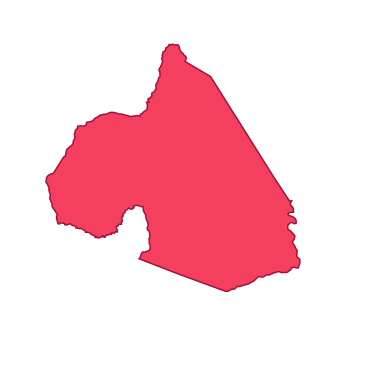 the district of São Raimundo das Mangabeiras, Maranhão, Brazil, rotated 308°
{"feature_id": "56859067B90980321133528", "entity_name": "São Raimundo das Mangabeiras", "entity_type": "district", "adm_level": 2, "iso_a3": "BRA", "parent_name": "Brazil", "parent_adm1": "Maranhão", "projection": "natural_earth1", "projection_center": [-45.741, -7.052], "detail": "fine", "context": "isolated", "style": "filled", "palette": "rose", "viewbox_px": 384, "rotation_deg": 308, "n_neighbors": 0, "source": "geoboundaries", "source_scale": "gbopen_adm2", "svg_char_len": 4644}
<svg xmlns="http://www.w3.org/2000/svg" viewBox="0 0 384 384"><g transform="rotate(308 192 192)"><path d="M197.6,322.5L203.1,320.4L205.4,318.2L205.5,314.5L207.6,312.8L210.6,311.0L211.4,308.5L212.9,305.7L214.0,302.2L215.3,301.7L217.4,301.6L218.7,301.2L220.8,300.0L222.0,294.1L221.7,291.0L222.8,289.3L224.9,288.0L227.9,288.3L228.9,288.9L229.8,290.1L229.8,291.8L231.3,293.3L233.0,292.2L234.4,290.4L234.6,287.3L234.1,285.3L233.1,282.3L233.8,281.1L236.4,281.8L238.5,284.4L241.0,282.4L242.0,280.8L242.2,278.5L243.0,277.2L243.9,275.9L245.4,276.3L246.4,276.0L245.5,275.1L245.2,273.4L252.7,251.3L253.1,250.1L254.4,246.3L271.6,198.9L273.6,193.3L278.2,180.6L278.8,178.7L294.4,135.6L290.6,106.2L293.6,105.2L294.5,104.5L294.9,103.4L295.0,101.3L295.5,99.9L295.8,96.9L296.3,95.2L297.9,93.3L298.6,92.3L299.4,91.1L299.0,89.7L298.1,88.9L297.3,87.9L296.5,85.7L294.8,84.7L294.4,83.3L293.2,83.3L291.9,83.5L290.9,83.5L289.8,82.7L288.9,83.1L287.8,83.6L286.7,83.7L285.7,83.7L284.7,82.9L283.0,83.7L281.4,84.3L280.6,85.8L279.6,85.4L278.1,86.4L277.6,87.6L276.5,88.5L275.1,89.0L274.1,89.7L272.4,89.7L271.2,90.2L269.2,90.3L268.0,90.8L267.1,91.6L266.9,92.9L266.0,93.4L265.3,94.0L264.3,95.0L263.3,95.6L262.1,95.5L261.2,95.5L259.2,96.6L258.0,96.9L257.0,97.1L256.1,97.3L254.8,97.2L253.1,98.4L252.3,99.5L251.1,100.1L249.4,100.2L247.6,100.5L246.5,99.8L245.2,99.5L242.6,101.4L241.0,101.0L239.4,100.9L238.5,99.9L236.9,101.2L236.5,102.9L235.8,102.0L234.8,100.9L233.2,103.2L230.1,105.3L229.4,105.9L225.9,104.6L224.4,104.4L223.2,104.3L221.6,103.5L219.9,104.2L219.0,103.1L218.6,101.9L217.4,100.6L215.8,99.3L215.0,98.1L213.8,97.8L213.2,96.0L212.3,93.7L211.5,92.3L211.1,90.9L210.5,89.4L209.6,87.9L209.0,87.1L208.3,86.3L207.9,84.9L207.6,83.7L207.2,82.8L206.3,81.0L205.6,80.0L204.7,78.9L203.9,78.3L202.1,77.3L201.1,77.0L199.8,75.7L198.7,74.4L196.8,73.0L196.0,72.2L195.0,71.8L193.7,71.8L191.3,70.5L189.2,70.0L187.4,70.1L184.5,68.4L182.1,66.1L180.8,66.6L180.0,67.4L177.4,66.3L175.6,63.6L173.7,61.5L172.6,61.9L171.2,62.5L170.2,62.3L169.0,62.2L167.6,62.6L166.7,63.4L165.3,63.5L164.8,64.4L163.9,64.9L163.3,66.0L162.2,66.6L160.3,66.9L159.0,67.2L156.5,68.6L154.5,68.4L152.5,68.0L150.3,67.5L148.4,67.2L147.5,67.5L146.5,67.9L145.2,68.6L143.6,69.5L142.1,70.0L140.3,69.3L121.0,71.3L119.5,69.8L118.1,69.1L116.6,68.5L114.7,68.4L113.5,68.9L112.5,69.3L109.7,71.0L109.4,72.7L108.8,73.9L108.2,74.9L107.8,75.9L107.1,77.0L105.8,77.7L103.7,80.2L103.1,81.8L99.9,83.6L98.9,84.4L98.4,85.7L97.2,87.6L96.1,89.6L95.2,90.0L94.4,90.8L93.8,92.3L93.3,94.1L92.8,95.9L92.0,97.6L91.7,99.7L90.5,99.9L88.8,100.7L87.9,101.4L86.5,103.2L86.0,104.2L85.0,104.9L84.6,105.9L85.0,107.1L86.6,107.2L87.4,108.6L88.1,109.6L88.7,110.8L87.9,112.1L88.7,113.0L89.5,114.0L91.1,115.0L92.0,115.5L92.1,116.9L91.9,118.0L92.3,119.0L93.0,120.2L93.2,121.3L92.2,122.6L93.2,124.2L94.0,126.3L94.8,126.7L95.3,128.0L95.3,129.8L95.8,131.1L95.3,132.1L94.7,133.0L95.8,134.3L96.6,135.8L96.9,137.2L96.5,138.6L97.0,140.0L97.2,142.0L97.8,143.3L96.6,143.7L98.0,145.5L98.1,146.6L99.3,147.2L100.2,148.2L102.5,148.5L102.1,150.2L102.8,151.3L103.8,150.7L104.9,151.2L106.0,151.7L107.0,152.8L108.5,153.5L109.1,154.5L110.7,153.9L111.0,154.9L111.5,156.1L113.7,156.3L114.5,157.7L116.1,156.6L116.8,154.9L117.5,154.1L118.6,153.7L119.7,154.7L121.3,154.1L123.1,156.2L124.8,155.0L125.7,155.3L126.8,154.4L127.4,153.4L128.5,152.7L129.8,152.1L130.8,152.6L132.0,151.2L133.3,151.5L134.6,151.8L135.3,151.1L136.7,151.0L138.0,151.7L138.9,151.9L140.3,151.9L140.9,154.7L141.8,155.3L142.9,155.7L143.9,156.0L144.4,154.8L145.6,155.1L146.7,155.9L147.7,156.7L148.0,158.2L148.8,159.3L149.2,161.2L149.9,161.8L150.4,162.8L149.1,163.6L148.2,164.4L147.2,165.5L146.4,167.0L145.6,169.3L144.5,170.3L143.7,171.2L142.1,173.1L140.9,175.7L140.1,176.3L138.9,177.9L137.6,178.5L136.3,178.6L135.4,179.5L134.8,180.5L134.7,181.8L134.1,183.0L133.5,184.0L132.2,184.8L131.4,186.0L130.5,186.4L128.9,186.8L127.0,188.5L124.9,190.2L124.4,191.4L123.6,192.4L122.2,193.5L120.1,194.1L119.1,194.1L117.1,192.7L116.2,192.2L115.3,191.4L114.1,189.9L112.1,190.1L109.3,191.2L108.3,191.4L106.8,191.4L119.2,232.4L127.0,256.6L127.8,259.1L128.8,262.2L134.4,279.5L135.5,281.1L137.8,282.4L139.5,282.9L140.9,284.3L141.8,285.2L143.3,285.6L144.6,285.5L145.6,286.3L147.2,288.0L148.0,288.7L149.0,289.1L150.4,290.2L152.2,291.4L154.2,293.1L156.7,294.0L159.9,295.5L165.4,296.3L166.6,297.0L167.9,299.2L169.2,300.7L170.5,301.0L172.0,301.5L173.1,302.1L173.5,303.4L174.5,304.1L177.0,305.3L177.9,306.1L179.0,306.1L180.1,307.7L182.1,308.5L183.3,310.8L183.7,312.6L184.8,313.4L186.4,315.6L187.9,316.7L190.3,317.2L191.6,317.6L193.3,317.4L194.2,317.7L195.2,318.1L196.7,321.4L197.6,322.5Z" fill="#f43f5e" stroke="#9f1239" stroke-width="1.5"/></g></svg>